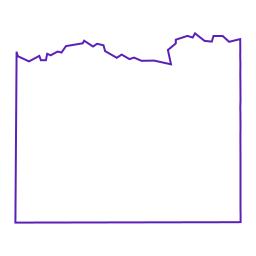 outline of Cass, Texas, United States of America
{"feature_id": "52423323B4448800346359", "entity_name": "Cass", "entity_type": "district", "adm_level": 2, "iso_a3": "USA", "parent_name": "United States of America", "parent_adm1": "Texas", "projection": "orthographic", "projection_center": [-94.255, 33.095], "detail": "fine", "context": "isolated", "style": "outline", "palette": "violet", "viewbox_px": 256, "rotation_deg": 0, "n_neighbors": 0, "source": "geoboundaries", "source_scale": "gbopen_adm2", "svg_char_len": 774}
<svg xmlns="http://www.w3.org/2000/svg" viewBox="0 0 256 256"><path d="M15.4,222.6L237.9,222.2L240.6,222.1L240.6,217.0L240.6,214.3L240.5,209.4L240.5,197.2L240.5,189.4L240.5,161.5L240.4,135.0L240.5,129.2L240.4,111.2L240.3,109.3L240.3,107.0L240.5,99.6L240.4,82.2L240.4,81.0L240.3,75.5L240.4,63.8L240.3,60.1L240.2,55.4L240.3,50.9L240.2,39.1L229.1,41.8L222.7,36.0L213.5,36.0L211.8,41.6L204.6,40.9L195.0,33.4L192.7,37.5L187.4,35.9L175.8,39.7L175.8,43.4L167.9,50.0L171.0,64.3L154.1,60.6L141.5,60.8L134.0,57.6L129.5,59.1L121.6,54.6L116.8,57.8L105.1,51.1L103.5,45.3L97.1,43.8L93.0,46.5L84.1,40.7L82.7,43.3L66.0,46.1L61.5,52.5L57.5,51.6L50.7,55.3L47.2,53.8L45.9,60.2L40.9,60.2L39.3,55.9L29.0,61.4L17.8,56.2L16.6,51.7L15.4,222.6Z" fill="none" stroke="#5b21b6" stroke-width="2"/></svg>